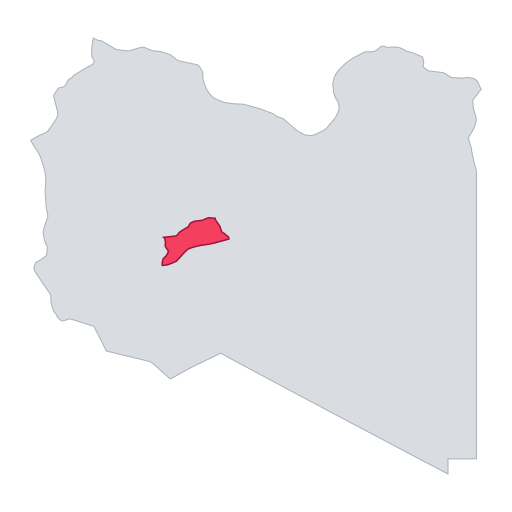 Libya, with Sabha highlighted
{"feature_id": "LBY-2971", "entity_name": "Sabha", "entity_type": "Municipality", "adm_level": 1, "iso_a3": "LBY", "parent_name": "Libya", "parent_adm1": "", "projection": "mercator", "projection_center": [14.98, 26.993], "detail": "fine", "context": "in_parent", "style": "filled", "palette": "rose", "viewbox_px": 512, "rotation_deg": 0, "n_neighbors": 0, "source": "natural_earth", "source_scale": "10m", "svg_char_len": 3676}
<svg xmlns="http://www.w3.org/2000/svg" viewBox="0 0 512 512"><path d="M36.7,136.8L40.0,135.0L44.9,133.1L47.4,131.6L48.4,130.3L52.0,125.2L53.9,122.4L56.5,118.5L57.6,115.8L57.7,113.3L57.3,110.2L55.3,103.0L53.6,95.9L54.9,93.1L55.9,91.8L58.2,88.5L59.0,87.8L63.9,86.8L65.8,84.6L67.3,81.8L67.7,80.3L69.8,78.8L72.3,77.2L73.8,75.2L78.9,72.2L83.6,69.3L89.0,66.3L93.1,64.0L94.0,62.0L94.0,60.3L91.7,56.3L91.7,51.6L91.8,47.7L92.1,45.4L93.1,38.9L93.1,38.0L97.5,40.2L101.9,41.0L115.2,49.0L119.4,50.0L128.7,51.0L139.6,47.7L143.7,47.1L150.9,50.2L154.1,51.0L159.4,51.3L168.5,54.1L170.9,55.0L176.2,59.4L178.7,60.8L197.6,64.8L200.2,67.5L202.8,72.6L202.9,78.9L204.3,83.5L206.7,89.4L209.5,93.6L212.6,97.1L216.2,99.3L224.5,102.5L233.8,103.8L243.2,104.2L259.4,108.6L273.1,113.7L276.4,116.2L283.3,118.7L296.9,130.6L304.5,134.8L309.9,135.6L314.6,134.8L323.1,130.7L326.6,128.2L335.2,117.9L338.0,112.5L339.1,108.7L338.8,104.8L337.7,101.3L335.3,97.7L333.7,92.8L332.7,84.1L334.0,78.0L335.7,74.3L338.2,70.6L345.3,63.5L352.4,58.4L365.0,51.8L372.3,51.8L375.3,51.0L381.3,46.3L383.7,46.2L387.1,47.3L397.0,47.0L401.4,48.3L406.6,51.2L413.1,53.0L417.7,54.8L422.7,57.1L423.8,62.9L423.3,64.6L423.1,66.8L428.3,70.8L442.8,72.6L445.7,73.7L449.7,76.7L452.2,77.6L462.2,78.1L468.0,77.4L473.5,78.5L475.6,79.5L477.7,81.9L480.3,87.6L481.3,89.5L480.2,90.4L478.6,92.4L477.6,94.2L475.0,97.1L472.8,100.2L473.0,104.7L473.5,109.3L475.0,113.7L476.3,118.7L475.9,122.0L474.8,125.9L473.5,129.3L469.2,136.1L468.6,137.7L468.8,140.0L471.4,148.1L471.6,150.6L473.2,158.4L474.6,164.7L476.2,169.7L476.4,171.1L476.4,178.4L476.4,185.7L476.4,193.0L476.4,200.2L476.4,207.5L476.4,214.7L476.4,221.9L476.4,229.1L476.4,236.3L476.4,243.5L476.4,250.6L476.4,257.8L476.4,264.9L476.4,272.0L476.4,279.1L476.4,286.2L476.4,293.3L476.4,300.3L476.4,307.4L476.4,314.4L476.4,321.5L476.4,328.5L476.4,335.5L476.4,342.5L476.4,349.4L476.4,356.4L476.4,363.3L476.4,370.3L476.4,377.2L476.4,384.1L476.4,391.0L476.4,397.9L476.4,413.2L476.4,428.4L476.4,443.6L476.4,458.7L476.2,458.8L469.0,458.9L462.0,458.9L455.0,458.9L448.0,458.9L448.0,462.6L448.0,466.4L448.0,470.2L448.0,474.0L434.4,466.8L420.7,459.7L407.1,452.5L393.5,445.3L379.9,438.1L366.2,430.9L352.6,423.7L339.0,416.5L325.4,409.3L311.7,402.0L298.1,394.8L284.5,387.5L270.8,380.2L257.2,372.9L243.6,365.6L230.0,358.3L220.6,353.2L210.4,358.2L202.4,362.0L192.0,367.1L179.9,373.7L170.7,378.8L170.2,378.7L169.8,378.6L160.2,370.0L152.7,363.3L149.4,361.4L135.2,358.0L121.1,354.6L106.3,351.0L103.6,345.5L100.6,339.3L96.5,331.6L94.1,326.9L93.2,326.2L81.9,322.5L69.9,318.8L62.8,321.0L61.6,320.8L59.6,319.5L57.6,317.6L56.6,314.9L53.7,311.3L51.1,303.1L50.9,296.6L50.4,294.3L44.1,285.1L38.4,276.7L34.6,271.1L33.9,268.6L34.4,265.4L35.9,262.6L41.4,259.3L46.3,255.7L47.0,253.2L47.3,246.3L45.7,244.1L44.5,240.0L43.3,234.4L43.2,230.9L45.4,223.7L48.0,216.3L46.3,208.0L45.1,191.3L45.9,178.1L45.2,173.3L44.8,171.2L43.1,165.0L41.0,158.5L40.1,156.2L37.4,151.0L33.0,144.5L30.7,140.5L33.9,138.4L36.7,136.8Z" fill="#d9dde1" stroke="#a8b0b8" stroke-width="1"/><path d="M215.2,218.3L215.2,219.3L217.2,222.4L220.0,226.5L220.8,229.2L221.7,231.7L222.8,232.7L224.7,233.8L226.5,235.5L228.3,236.6L229.0,238.8L229.0,239.0L214.2,243.1L211.2,243.7L205.8,244.7L200.5,245.4L195.4,246.6L191.8,247.6L187.7,249.2L185.3,251.6L182.4,254.6L179.4,258.0L176.2,261.3L171.2,263.5L167.9,264.7L162.3,265.5L162.2,265.4L162.2,262.2L163.3,258.6L166.5,255.5L168.3,251.9L167.9,250.1L166.4,248.4L165.2,246.0L165.4,241.8L164.8,238.6L163.6,237.3L173.1,236.3L176.1,235.9L177.9,234.4L179.0,232.6L181.7,230.7L184.7,228.9L188.3,226.7L190.3,223.1L194.5,221.2L197.5,220.9L202.6,220.2L204.4,219.3L208.6,217.7L215.2,218.3Z" fill="#f43f5e" stroke="#9f1239" stroke-width="1.5"/></svg>